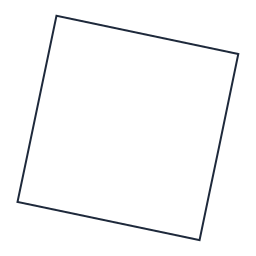 the district of Keokuk, Iowa, United States of America, rotated 282°
{"feature_id": "52423323B98264208336187", "entity_name": "Keokuk", "entity_type": "district", "adm_level": 2, "iso_a3": "USA", "parent_name": "United States of America", "parent_adm1": "Iowa", "projection": "equal_earth", "projection_center": [-92.237, 41.336], "detail": "fine", "context": "isolated", "style": "outline", "palette": "slate", "viewbox_px": 256, "rotation_deg": 282, "n_neighbors": 0, "source": "geoboundaries", "source_scale": "gbopen_adm2", "svg_char_len": 254}
<svg xmlns="http://www.w3.org/2000/svg" viewBox="0 0 256 256"><g transform="rotate(282 128 128)"><path d="M33.2,221.3L80.0,221.1L127.4,221.0L223.3,220.5L222.9,34.7L79.4,35.2L32.7,35.3L33.2,221.3Z" fill="none" stroke="#1e293b" stroke-width="2"/></g></svg>